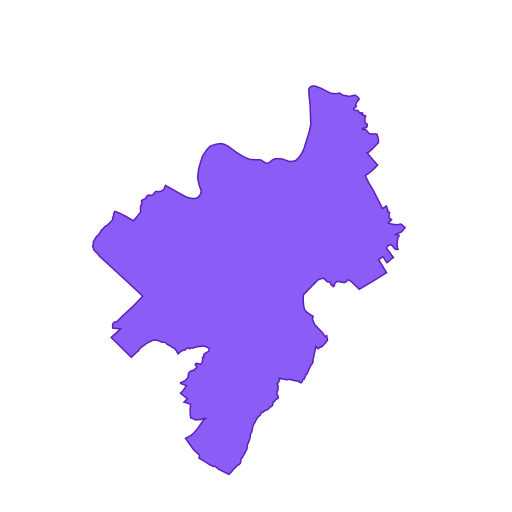 the district of Tan Uyen, Bình Dương, Vietnam, rotated 224°
{"feature_id": "81297802B30800695298767", "entity_name": "Tan Uyen", "entity_type": "district", "adm_level": 2, "iso_a3": "VNM", "parent_name": "Vietnam", "parent_adm1": "Bình Dương", "projection": "orthographic", "projection_center": [106.743, 11.057], "detail": "fine", "context": "isolated", "style": "filled", "palette": "violet", "viewbox_px": 512, "rotation_deg": 224, "n_neighbors": 0, "source": "geoboundaries", "source_scale": "gbopen_adm2", "svg_char_len": 6130}
<svg xmlns="http://www.w3.org/2000/svg" viewBox="0 0 512 512"><g transform="rotate(224 256 256)"><path d="M124.0,80.0L123.7,80.4L123.7,84.1L124.0,87.1L123.8,90.2L124.2,91.1L124.2,91.6L123.5,92.9L123.3,94.2L123.4,96.4L124.6,98.1L125.6,99.2L125.9,101.8L128.4,110.8L129.1,111.9L130.7,113.4L131.7,116.2L133.3,119.8L134.5,121.8L136.3,124.1L136.8,126.5L139.5,130.5L140.9,133.9L141.3,136.0L142.4,139.1L142.4,140.1L142.8,141.3L142.4,144.5L143.3,146.9L143.1,147.8L142.4,148.6L142.2,150.7L141.0,153.5L140.8,155.2L141.0,157.4L140.4,158.2L140.3,159.2L140.4,160.1L140.7,160.9L142.1,162.2L142.2,162.7L141.6,164.8L142.2,166.4L141.5,167.9L141.3,168.9L141.4,169.5L142.3,170.0L143.1,170.8L144.6,170.9L145.6,171.9L146.8,173.4L146.9,174.4L147.3,175.2L148.6,176.2L149.0,176.8L149.2,177.5L150.6,178.3L151.7,178.2L152.0,178.5L152.0,181.0L153.0,182.5L153.2,184.0L154.2,184.3L150.3,186.8L149.9,187.4L149.0,187.6L147.8,188.4L146.3,190.6L145.2,191.0L144.3,191.7L142.7,192.4L141.8,193.2L140.2,194.0L139.2,195.2L137.1,195.3L135.4,196.2L135.8,198.5L136.4,199.7L136.4,201.0L135.8,201.2L137.8,205.6L137.7,205.9L137.3,206.1L140.6,215.5L140.8,217.9L141.9,220.2L142.6,220.2L144.0,222.9L150.2,232.6L147.8,232.2L147.0,232.3L146.6,234.5L146.6,235.6L146.4,235.8L145.7,235.9L145.6,240.4L146.0,245.1L149.8,247.8L150.3,246.1L155.0,247.0L165.2,247.4L166.1,247.5L171.3,249.6L171.7,250.0L172.9,252.1L173.2,252.3L177.5,251.3L179.9,251.0L181.5,250.9L183.7,251.2L185.9,252.4L189.6,255.4L193.2,258.9L195.0,261.5L194.8,282.0L193.6,284.6L191.8,287.0L187.4,286.9L186.4,287.1L185.8,287.8L184.0,288.4L183.3,288.5L182.8,288.2L182.5,287.5L181.1,287.7L180.0,287.4L179.2,287.5L179.0,288.6L179.2,289.4L180.4,291.1L179.9,294.1L179.3,294.7L175.3,297.2L173.9,298.3L173.3,300.2L173.1,302.8L172.3,303.4L169.4,303.8L158.6,303.8L154.1,320.2L150.5,334.7L165.3,338.6L164.2,343.5L163.8,343.7L157.3,342.0L156.8,344.2L156.7,346.9L156.1,350.4L166.7,352.1L167.4,352.4L168.0,353.1L168.2,354.7L167.3,357.3L166.1,358.0L163.9,358.0L161.3,357.5L159.2,358.5L158.4,359.4L159.7,360.0L162.4,362.2L164.3,364.4L166.1,366.9L167.4,370.3L170.5,368.4L168.1,374.5L168.1,376.2L168.5,380.0L173.9,379.7L175.8,377.1L177.9,375.1L181.0,372.9L183.9,371.6L184.2,371.8L183.6,375.3L183.7,376.3L186.0,376.0L187.0,376.2L189.0,378.1L190.1,380.1L190.6,380.1L191.9,379.5L192.5,379.5L193.1,380.8L194.5,381.0L195.9,382.2L197.1,382.4L197.8,378.0L214.6,383.8L219.0,385.2L224.5,386.6L233.3,389.7L232.4,393.2L231.6,400.3L231.7,405.9L239.3,406.5L247.8,407.4L247.1,408.4L246.7,413.1L246.7,422.6L248.5,424.5L250.9,426.2L253.6,427.6L254.9,426.9L255.7,425.7L256.5,425.3L257.9,423.7L258.7,423.1L260.1,422.6L263.4,423.1L264.7,423.2L265.7,422.6L266.5,421.4L266.8,421.1L267.4,421.2L268.0,421.6L267.2,423.2L266.1,424.7L265.9,426.0L266.2,426.8L267.3,427.8L268.1,428.1L269.9,427.7L270.8,428.1L273.6,431.2L273.9,432.2L274.3,432.8L274.6,432.9L275.3,432.7L277.1,431.5L277.9,432.1L278.1,432.0L278.4,431.4L278.7,431.4L278.8,431.7L278.5,432.6L278.7,432.9L279.0,432.8L281.0,431.0L283.9,431.4L284.5,431.0L285.6,429.6L287.4,429.3L288.2,429.8L288.3,430.2L287.7,431.5L287.7,433.2L287.9,433.6L288.9,433.8L289.6,434.5L290.0,435.2L290.3,436.3L290.6,440.2L291.4,440.9L292.0,441.0L293.7,441.0L296.0,440.7L297.3,439.5L298.3,437.7L300.0,435.5L304.9,432.2L306.0,431.8L308.8,431.4L309.4,431.0L310.1,429.5L310.8,428.7L313.5,426.3L316.1,424.6L325.8,421.8L331.5,419.3L333.4,417.7L334.2,416.0L334.4,413.7L334.2,413.1L333.8,412.5L329.8,408.8L321.9,402.1L307.9,388.6L303.7,381.8L295.7,365.7L294.4,361.5L293.6,356.8L293.7,352.9L293.9,352.0L294.8,350.4L296.4,348.5L298.1,346.9L304.2,344.2L307.5,341.6L309.8,339.2L310.9,336.6L311.4,332.2L312.2,330.7L313.2,329.6L318.9,328.6L319.7,328.1L326.4,322.1L328.1,321.0L332.9,319.0L341.2,317.1L352.4,315.6L356.4,314.3L358.9,312.9L360.4,311.2L362.4,308.6L365.0,303.9L365.3,302.1L365.2,298.3L364.1,292.0L363.5,289.9L360.2,283.3L357.6,278.5L352.3,271.7L346.9,268.0L340.4,264.6L339.1,262.4L338.5,259.8L338.6,256.9L339.5,255.5L340.6,254.2L342.2,252.8L346.2,250.4L350.6,249.0L370.2,243.9L368.6,240.2L368.7,238.8L369.3,236.4L371.2,234.3L372.6,233.3L373.0,232.7L372.7,228.2L373.2,227.1L375.4,225.4L376.1,224.5L376.0,222.7L375.4,220.1L376.8,217.2L376.8,216.5L376.7,216.0L376.4,215.7L374.4,214.4L374.0,213.9L374.1,212.7L373.7,211.8L371.2,208.9L369.9,208.0L369.5,207.1L369.0,202.2L368.7,196.1L377.1,194.2L383.7,192.1L388.7,190.0L387.6,187.3L386.1,185.5L385.9,184.0L384.7,183.0L384.3,182.0L384.3,175.3L385.1,172.5L385.2,171.6L384.8,169.5L385.1,168.5L385.2,167.0L384.6,165.7L384.5,164.0L384.0,162.2L384.3,159.4L383.8,156.6L383.2,155.1L383.1,153.5L382.8,153.0L381.4,151.8L380.2,149.3L378.2,148.7L376.8,147.8L375.6,147.6L370.0,147.6L369.3,147.1L330.0,148.1L309.6,148.4L309.5,135.8L310.3,120.6L310.5,112.3L310.6,111.8L311.9,110.1L312.1,109.6L312.1,108.7L311.1,106.5L308.9,104.6L302.8,109.5L303.6,96.8L275.3,96.5L275.0,103.9L274.6,106.3L275.2,107.7L275.1,110.6L273.8,117.9L271.9,123.1L271.3,124.2L270.1,125.5L267.5,127.3L264.3,128.5L263.0,129.2L261.5,130.7L261.1,130.9L258.6,130.7L255.3,131.7L251.3,132.5L250.7,132.9L250.2,133.0L248.9,132.5L247.2,132.7L245.8,131.9L244.1,131.4L243.7,135.2L243.2,136.3L243.1,137.4L241.6,139.3L241.6,141.8L241.4,142.2L240.6,143.0L240.2,143.1L239.3,143.1L239.2,144.4L237.5,145.8L236.6,147.8L235.7,148.9L235.2,150.2L233.7,151.6L231.2,154.7L230.4,155.4L226.9,156.7L224.9,156.6L224.3,155.5L224.0,154.1L225.1,150.2L225.2,149.3L225.0,148.4L224.1,147.9L223.3,146.9L224.0,145.8L223.3,145.4L221.2,142.6L220.5,141.4L220.9,139.4L224.2,137.6L224.6,136.8L224.4,135.7L221.2,135.1L221.4,131.3L222.1,129.3L223.0,128.1L223.2,127.4L223.2,125.4L222.8,124.4L221.2,122.3L220.5,121.0L220.4,120.1L220.4,117.1L222.2,112.4L221.9,112.0L221.4,112.0L219.1,113.1L215.9,114.3L215.0,108.6L215.0,104.8L206.2,105.6L206.3,100.9L200.3,103.9L199.0,102.7L196.9,99.9L195.3,98.3L192.8,95.9L190.5,94.2L189.1,95.0L185.9,96.0L184.9,96.7L184.0,98.2L182.2,99.6L180.8,102.9L180.2,103.5L179.3,103.9L179.8,101.5L178.0,90.0L177.8,84.5L178.3,81.0L180.1,75.9L166.5,73.3L157.9,73.3L157.6,73.0L156.9,71.2L156.2,71.0L149.8,72.7L144.0,73.7L142.2,74.6L141.0,74.7L140.5,74.9L139.7,76.0L139.0,76.4L134.5,76.7L124.0,80.0Z" fill="#8b5cf6" stroke="#5b21b6" stroke-width="1.5"/></g></svg>